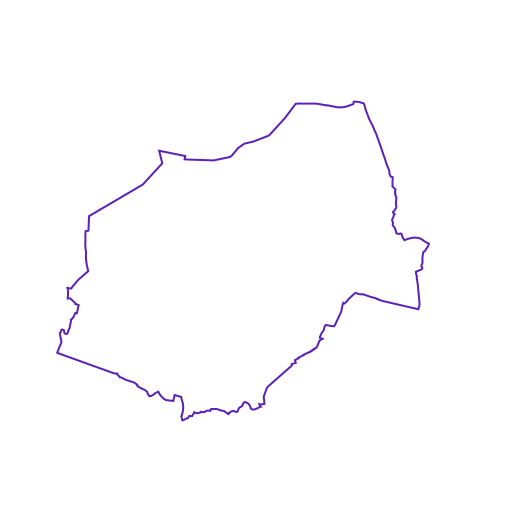 Sapphaya, Chai Nat, Thailand (Mercator projection), rotated 289°
{"feature_id": "78962969B57770947463323", "entity_name": "Sapphaya", "entity_type": "district", "adm_level": 2, "iso_a3": "THA", "parent_name": "Thailand", "parent_adm1": "Chai Nat", "projection": "mercator", "projection_center": [100.242, 15.145], "detail": "fine", "context": "isolated", "style": "outline", "palette": "violet", "viewbox_px": 512, "rotation_deg": 289, "n_neighbors": 0, "source": "geoboundaries", "source_scale": "gbopen_adm2", "svg_char_len": 5937}
<svg xmlns="http://www.w3.org/2000/svg" viewBox="0 0 512 512"><g transform="rotate(289 256 256)"><path d="M435.4,308.2L435.2,304.5L434.9,302.1L434.7,301.2L433.8,298.3L433.7,298.1L431.9,298.6L431.5,298.5L431.2,298.4L431.1,298.2L429.8,296.6L427.4,293.7L426.5,292.4L425.6,291.0L424.8,289.4L423.9,287.0L423.2,284.7L422.9,283.2L421.7,274.0L421.5,273.9L421.3,273.7L420.5,267.8L420.0,265.1L419.8,263.8L419.2,261.9L414.3,247.5L412.9,244.0L396.5,238.7L377.4,230.5L374.1,229.0L363.4,216.3L358.5,208.5L355.0,205.9L352.3,204.0L343.2,200.5L341.0,198.9L332.9,185.4L332.3,184.0L331.4,180.9L324.6,158.8L324.2,157.0L327.5,156.6L324.0,130.2L313.1,137.2L286.7,125.7L239.4,85.2L236.8,85.9L225.6,89.3L225.2,89.1L224.9,88.6L224.4,87.2L224.2,86.9L223.8,86.8L218.6,88.4L215.3,89.6L210.0,91.3L207.6,92.3L205.9,93.3L204.1,94.2L200.0,95.4L197.2,96.5L191.9,99.2L187.1,102.3L175.8,95.8L173.8,95.0L169.2,93.2L166.3,92.2L165.1,91.9L164.9,91.4L164.8,90.7L164.5,88.1L164.4,88.0L163.9,88.5L163.4,88.9L160.1,90.2L157.1,91.2L154.5,91.7L155.2,93.4L155.4,94.1L155.0,95.1L153.2,99.1L152.2,101.3L151.9,101.2L151.8,104.3L148.4,104.7L144.7,105.2L143.7,105.3L143.5,105.2L143.3,105.0L143.3,103.8L141.4,103.5L140.2,103.4L138.8,103.2L137.6,102.9L136.6,102.5L136.1,102.2L135.5,101.8L135.3,102.1L127.1,103.2L125.9,103.1L124.7,102.8L123.8,103.0L123.3,103.0L122.6,103.0L120.8,102.6L120.4,101.1L120.5,100.5L120.7,100.1L121.1,99.8L123.1,98.7L123.3,98.4L123.4,98.1L123.5,97.7L123.3,96.7L122.9,96.0L121.1,96.2L120.2,96.0L119.4,95.7L119.0,95.8L116.4,97.1L111.4,100.1L99.8,99.5L99.7,99.8L98.8,160.0L98.9,160.8L99.3,162.0L99.7,162.9L98.7,163.6L98.6,164.1L98.5,164.4L97.1,166.6L97.0,166.8L97.1,167.1L97.3,167.4L96.9,171.3L96.6,172.9L96.5,173.8L96.7,177.8L96.6,178.8L96.8,180.6L96.7,181.4L96.5,182.9L95.9,184.6L95.6,185.2L95.3,186.0L95.2,186.0L94.9,185.9L94.6,186.0L93.8,188.4L93.7,189.8L93.2,193.2L93.3,194.0L93.0,194.8L92.4,196.9L91.9,197.5L90.9,198.1L90.1,199.0L89.8,199.6L89.1,200.4L88.7,201.0L89.6,202.4L90.2,203.1L91.0,203.6L91.8,204.5L93.5,205.3L95.0,206.9L95.9,207.8L94.8,208.9L93.6,210.4L92.9,211.4L91.0,215.3L90.8,216.2L90.6,217.1L90.5,217.7L90.6,218.3L91.3,221.8L92.1,225.0L98.0,224.3L98.4,231.1L95.3,233.0L93.8,234.2L92.0,235.3L89.4,236.4L87.6,236.9L85.4,237.4L82.9,237.6L80.1,237.7L76.6,239.8L76.9,240.4L78.1,241.6L79.9,243.4L80.6,244.4L81.0,244.6L81.9,244.7L82.8,244.9L83.1,245.1L83.3,246.2L83.6,247.3L83.8,247.7L88.2,248.5L87.9,250.5L88.0,251.3L89.6,254.0L90.1,254.4L90.8,254.7L90.7,255.4L90.7,255.7L91.0,256.6L91.6,257.7L91.8,258.1L92.0,258.3L92.9,259.1L93.8,259.9L93.9,260.1L94.8,263.3L95.1,263.4L96.3,263.1L96.5,263.2L97.3,265.0L98.6,268.7L98.6,269.0L98.5,273.2L99.1,276.0L99.0,276.4L97.6,280.8L97.5,281.1L98.4,281.3L98.4,281.9L99.1,282.0L100.0,282.4L100.6,282.8L101.1,283.4L101.8,284.5L102.1,285.4L102.2,288.3L102.3,288.6L102.4,288.9L102.7,289.1L103.3,289.2L104.2,289.3L105.9,289.3L106.6,289.4L107.3,289.8L109.2,291.4L109.5,291.6L110.0,291.7L112.5,292.0L113.2,292.1L113.8,292.4L114.2,292.9L114.4,293.4L114.4,294.0L114.0,296.3L113.8,297.2L113.4,297.8L112.2,299.1L109.9,301.2L109.8,301.6L109.8,302.5L109.9,303.5L110.1,303.9L110.7,304.8L112.3,306.7L114.8,309.2L115.0,309.5L115.3,308.7L117.0,307.4L117.0,308.4L117.0,308.7L118.2,310.6L118.6,311.6L118.9,312.1L120.9,311.3L124.7,309.4L125.6,309.2L127.8,309.1L133.4,309.2L134.6,309.3L136.7,309.9L139.2,311.4L164.0,325.5L165.4,324.9L167.9,328.4L170.1,326.7L173.4,329.7L173.8,329.3L177.8,333.4L178.1,333.1L182.1,337.2L182.0,337.4L184.2,339.5L184.5,339.2L186.6,341.3L186.9,341.0L189.0,343.1L197.0,343.7L199.5,346.0L199.6,345.7L198.9,344.5L199.7,342.8L204.3,343.1L204.8,343.2L207.0,344.0L207.7,344.2L210.3,343.9L211.5,343.9L212.7,344.1L213.2,344.2L213.4,344.4L213.6,344.9L214.4,350.6L214.8,352.1L215.1,352.8L217.6,353.3L218.4,353.4L219.9,353.5L231.4,354.7L237.7,353.8L238.3,353.8L240.0,353.8L239.6,354.5L239.7,354.8L240.2,355.3L241.0,355.8L243.3,356.8L244.1,357.0L246.1,357.9L249.1,359.5L252.9,361.6L253.3,362.0L253.5,362.2L253.5,362.7L253.5,365.7L253.9,367.7L254.6,369.4L254.6,369.8L254.7,377.7L255.0,383.2L255.0,384.7L254.7,384.7L254.7,390.4L258.5,426.8L262.9,426.6L267.3,424.8L282.2,418.0L286.7,415.6L287.7,415.0L288.0,414.9L288.7,415.0L289.0,415.0L289.2,414.8L290.1,413.9L290.4,413.7L292.9,412.4L293.0,412.3L293.3,412.4L295.2,414.7L296.4,416.0L297.1,416.7L297.5,417.0L297.8,417.1L298.2,417.2L298.9,417.1L299.3,416.9L299.5,416.7L299.9,415.9L300.4,415.6L301.1,415.6L302.8,415.7L303.5,415.7L304.4,415.4L308.1,414.1L310.5,413.5L314.3,412.9L314.5,413.0L315.0,413.7L315.5,414.0L315.9,414.2L316.4,414.3L318.0,414.6L321.4,415.5L323.9,415.6L324.2,413.5L324.5,411.5L325.6,407.8L325.9,406.8L326.0,405.8L326.0,404.8L325.7,402.5L325.5,401.5L325.1,400.1L324.1,398.0L323.4,396.7L321.5,393.9L319.3,391.2L320.8,389.2L322.0,388.1L322.6,387.6L323.9,386.7L324.2,386.5L324.3,386.3L324.4,386.0L324.4,385.6L323.7,384.7L323.4,383.3L323.0,382.3L323.0,382.0L323.1,381.7L323.4,381.1L324.0,380.7L325.1,380.3L326.3,379.1L327.2,378.5L327.8,378.0L328.1,377.7L329.2,375.8L329.4,375.6L329.8,375.3L330.5,375.0L331.6,374.8L332.2,374.5L332.8,374.1L333.4,373.6L334.1,373.1L334.7,372.9L335.0,372.8L337.2,373.2L339.4,373.0L339.6,373.0L340.5,373.5L340.8,373.5L340.9,373.4L341.1,372.6L341.2,372.2L341.5,371.7L341.8,371.4L342.2,371.2L342.7,371.4L344.3,372.2L344.7,372.3L345.9,372.5L346.7,372.8L348.3,372.6L348.9,372.4L350.9,371.3L357.4,369.5L357.8,369.2L358.7,368.0L359.0,367.8L360.0,367.7L360.4,367.5L360.6,367.4L360.9,366.9L361.2,366.8L363.6,366.3L364.0,366.1L364.2,366.3L364.3,366.3L365.6,363.7L366.2,362.5L366.3,362.3L367.9,361.9L369.9,361.1L371.6,360.6L373.4,360.1L375.0,359.6L375.1,359.4L375.0,358.2L375.0,357.7L375.5,357.0L376.4,356.0L377.0,355.6L379.0,354.7L380.2,354.0L382.7,352.0L383.5,351.1L384.7,350.2L386.6,348.6L388.7,347.1L390.1,346.1L393.6,343.2L398.0,339.9L405.1,334.3L405.9,333.6L411.4,329.2L411.9,328.7L412.4,328.0L414.1,326.6L417.0,324.0L422.7,318.1L426.3,315.2L429.8,312.2L433.7,309.6L435.4,308.2Z" fill="none" stroke="#5b21b6" stroke-width="2"/></g></svg>